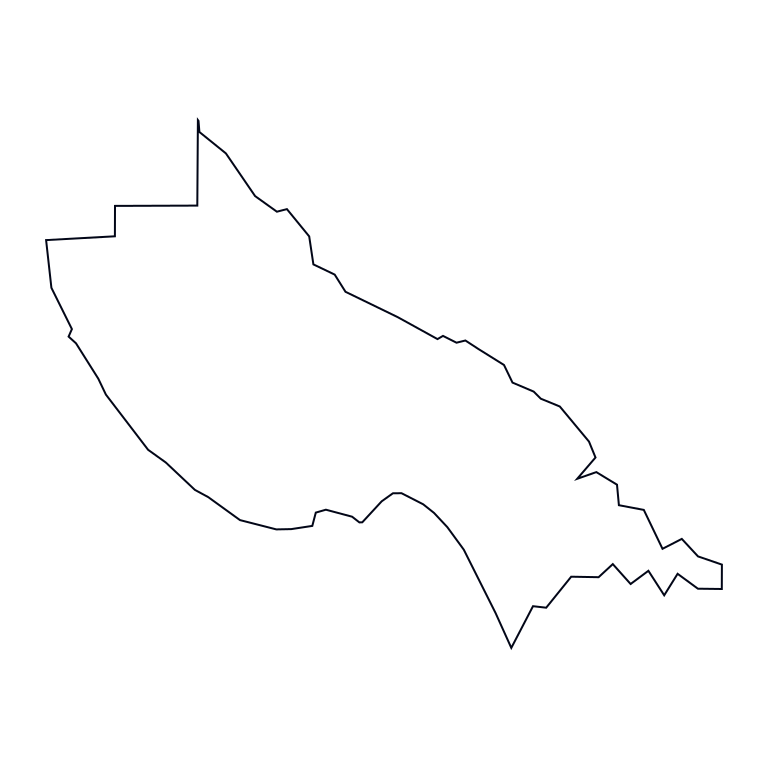 Santa Cruz, California, United States of America
{"feature_id": "52423323B68447963014117", "entity_name": "Santa Cruz", "entity_type": "district", "adm_level": 2, "iso_a3": "USA", "parent_name": "United States of America", "parent_adm1": "California", "projection": "equal_earth", "projection_center": [-121.926, 37.068], "detail": "fine", "context": "isolated", "style": "outline", "palette": "ink", "viewbox_px": 768, "rotation_deg": 0, "n_neighbors": 0, "source": "geoboundaries", "source_scale": "gbopen_adm2", "svg_char_len": 1057}
<svg xmlns="http://www.w3.org/2000/svg" viewBox="0 0 768 768"><path d="M721.8,589.0L721.9,564.6L698.0,556.4L681.8,538.9L662.5,548.8L643.8,509.9L618.9,505.2L617.0,484.7L596.3,472.1L577.2,478.8L595.5,457.5L589.0,441.6L559.8,406.5L540.8,398.7L533.7,391.6L512.5,382.6L504.0,365.0L478.4,349.0L465.4,340.5L456.5,342.7L443.0,335.9L437.5,339.1L397.8,317.2L345.5,291.8L334.7,274.6L313.4,264.4L309.2,236.4L286.9,209.1L276.9,211.7L255.1,196.1L225.9,153.4L199.4,132.0L198.5,120.9L197.9,120.1L197.3,205.6L115.0,205.9L114.9,236.3L46.1,240.1L51.4,287.8L71.9,329.1L68.6,336.6L76.0,343.3L98.3,378.7L105.9,394.6L148.1,449.8L165.8,462.5L194.9,489.9L208.2,497.1L240.0,520.1L274.0,528.8L276.3,529.4L291.3,529.1L312.3,525.9L315.8,512.6L325.9,509.7L352.1,516.7L359.4,522.4L362.3,522.3L381.7,501.3L392.9,493.3L401.5,493.2L423.2,504.3L434.0,512.9L447.3,527.1L463.8,549.7L495.6,613.1L511.3,647.9L533.0,606.2L546.2,607.7L571.2,576.7L598.6,577.2L612.8,564.1L630.6,584.0L648.4,570.8L664.2,595.3L677.6,573.8L697.9,588.7L721.8,589.0Z" fill="none" stroke="#020617" stroke-width="2"/></svg>